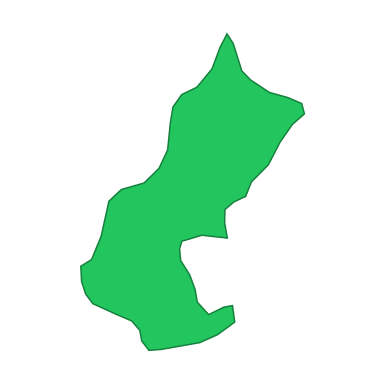 the border of Vraneštica, rotated 350°
{"feature_id": "MKD-2916", "entity_name": "Vraneštica", "entity_type": "Statistical Region", "adm_level": 1, "iso_a3": "MKD", "parent_name": "North Macedonia", "parent_adm1": "", "projection": "equal_earth", "projection_center": [21.055, 41.496], "detail": "fine", "context": "isolated", "style": "filled", "palette": "green", "viewbox_px": 384, "rotation_deg": 350, "n_neighbors": 0, "source": "natural_earth", "source_scale": "10m", "svg_char_len": 849}
<svg xmlns="http://www.w3.org/2000/svg" viewBox="0 0 384 384"><g transform="rotate(350 192 192)"><path d="M253.9,42.3L258.4,53.0L262.1,81.4L269.3,92.0L285.5,107.4L302.7,115.6L315.4,123.9L316.3,134.6L302.7,142.8L287.4,158.2L272.0,178.4L252.2,192.5L244.1,205.6L231.4,209.1L221.4,215.0L218.8,228.0L218.8,235.2L218.8,243.5L194.3,236.3L173.5,238.7L169.9,245.8L169.0,257.6L175.3,273.0L178.1,288.4L178.1,301.4L187.1,315.6L203.4,310.9L212.1,310.9L211.5,327.5L192.5,336.9L173.5,341.7L157.3,341.7L134.7,341.7L122.1,340.5L116.6,329.9L116.6,319.2L110.2,308.5L95.8,299.1L75.0,284.8L69.6,274.2L67.7,261.2L69.6,245.8L81.3,241.1L82.7,239.0L94.9,219.7L108.6,186.6L123.0,177.2L146.4,174.8L163.6,163.0L175.3,146.4L182.6,120.4L188.0,105.0L198.8,94.3L215.1,89.6L233.1,74.2L244.9,54.2L253.0,43.6L253.9,42.3Z" fill="#22c55e" stroke="#15803d" stroke-width="1.5"/></g></svg>